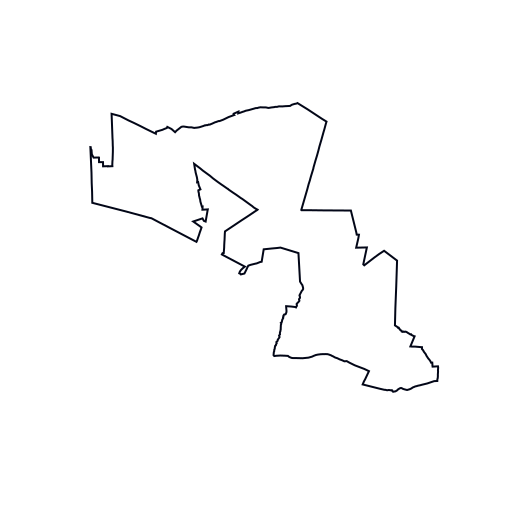 Mazapiltepec de Juárez, Puebla, Mexico, rotated 335°
{"feature_id": "50627088B71647640218880", "entity_name": "Mazapiltepec de Juárez", "entity_type": "district", "adm_level": 2, "iso_a3": "MEX", "parent_name": "Mexico", "parent_adm1": "Puebla", "projection": "mercator", "projection_center": [-97.694, 19.145], "detail": "fine", "context": "isolated", "style": "outline", "palette": "ink", "viewbox_px": 512, "rotation_deg": 335, "n_neighbors": 0, "source": "geoboundaries", "source_scale": "gbopen_adm2", "svg_char_len": 6024}
<svg xmlns="http://www.w3.org/2000/svg" viewBox="0 0 512 512"><g transform="rotate(335 256 256)"><path d="M301.1,117.7L295.8,117.6L295.3,118.4L295.6,119.0L289.9,118.5L283.9,118.6L279.9,118.3L279.1,117.9L276.5,117.7L275.4,117.5L274.0,117.5L272.1,117.5L270.6,117.4L270.0,117.4L269.6,117.4L269.4,117.3L268.9,116.9L267.5,116.9L267.1,116.8L266.0,116.3L265.5,116.3L264.9,116.0L264.4,115.9L263.8,116.0L259.3,115.4L258.4,115.2L257.0,114.8L255.3,114.2L254.1,113.8L252.0,112.2L249.5,111.0L245.5,108.3L244.5,107.8L243.0,107.4L237.0,108.8L235.0,109.6L233.1,105.2L230.2,101.5L229.3,102.3L226.1,102.1L224.6,102.1L218.0,101.1L216.9,102.9L209.7,94.0L209.4,93.6L206.2,89.5L201.6,83.8L197.8,79.3L195.7,76.6L192.0,71.8L185.2,66.1L183.4,70.4L176.9,85.8L175.8,88.4L174.7,91.2L172.9,95.3L172.1,97.3L170.2,101.3L167.7,106.2L166.9,107.8L165.9,109.5L164.4,112.4L163.8,113.9L159.7,112.2L159.8,112.0L155.3,110.1L157.0,106.3L153.4,104.6L155.3,100.4L155.2,100.3L150.4,98.2L150.2,94.5L150.7,93.1L151.7,90.5L151.7,89.9L151.6,89.0L152.2,87.5L151.9,87.3L142.1,111.0L137.9,120.5L134.6,128.5L130.4,138.0L130.1,138.6L157.1,160.8L175.7,176.5L177.2,177.6L183.1,185.4L208.0,218.0L208.8,217.4L211.8,214.3L212.9,213.2L215.0,210.9L217.3,208.6L218.7,207.1L213.7,198.2L223.4,199.3L223.6,202.1L224.9,203.5L231.4,194.2L232.0,193.4L227.0,191.4L228.5,188.6L227.8,188.4L228.6,183.2L229.0,181.9L229.2,181.3L229.3,180.6L229.5,179.3L229.7,178.6L229.9,177.2L230.4,176.0L230.8,174.8L231.0,173.5L231.5,172.1L233.8,172.1L234.0,167.8L234.8,164.5L233.8,164.3L235.0,162.2L235.7,159.7L236.4,155.8L236.7,154.3L237.0,153.5L237.3,151.8L238.9,146.3L242.5,153.1L243.9,156.1L248.2,163.9L249.9,167.6L252.7,172.8L255.1,177.0L255.9,178.3L257.8,181.6L258.9,183.5L259.0,183.5L259.3,184.3L261.8,188.6L262.9,190.4L264.0,192.2L264.9,193.8L265.2,194.3L266.7,197.0L267.7,198.5L272.9,207.9L273.5,208.9L274.5,211.1L275.8,213.1L277.0,214.7L276.8,214.8L275.0,215.0L264.1,216.7L258.4,217.5L238.3,220.6L237.1,222.7L234.3,228.1L233.3,229.9L231.7,232.9L230.6,235.1L228.0,239.7L226.9,239.3L225.7,240.2L241.4,260.9L238.9,261.5L236.6,262.3L234.8,263.3L233.5,264.6L234.4,265.7L234.5,266.3L238.1,267.0L242.0,263.9L243.1,262.9L244.9,261.5L247.2,261.7L252.3,262.7L253.0,262.9L253.5,263.0L257.2,263.2L258.7,263.6L265.8,253.2L273.3,255.8L278.3,257.6L281.7,258.7L295.7,271.3L285.1,297.8L285.4,300.4L285.7,302.0L285.3,304.5L284.8,305.8L283.9,306.5L282.7,307.0L278.8,310.0L278.8,310.7L278.6,311.0L278.6,311.5L278.3,312.3L277.8,312.8L277.3,312.9L276.7,313.4L276.6,313.7L276.6,314.0L276.5,314.7L276.2,315.1L275.7,315.3L274.7,315.8L273.9,316.0L272.5,316.7L272.4,317.0L272.4,317.5L272.2,318.1L272.0,318.4L271.9,318.4L271.7,318.6L271.2,318.9L270.5,319.5L269.8,318.7L266.6,316.7L262.1,314.2L261.9,314.6L260.5,318.5L260.0,319.5L259.6,320.0L258.5,321.1L258.1,321.3L257.6,321.2L257.0,320.9L256.5,321.1L256.2,321.4L255.8,321.5L255.5,321.8L255.3,322.6L255.1,322.8L254.6,322.9L254.4,323.4L254.3,323.9L253.9,324.2L253.0,324.7L251.8,326.3L251.4,326.8L251.0,327.0L250.6,327.0L250.3,327.1L250.4,327.4L250.4,327.8L250.2,328.2L249.4,329.0L248.0,331.7L247.3,333.1L247.0,333.4L246.3,334.5L245.8,334.9L245.2,335.7L244.8,336.6L244.6,337.2L243.5,337.7L243.2,338.0L243.2,338.7L243.1,339.4L242.6,339.8L241.0,340.7L240.3,341.1L240.0,341.7L239.7,342.0L239.2,342.3L238.6,342.4L238.2,342.5L238.0,342.8L237.9,343.3L237.8,343.9L236.6,344.7L236.2,345.4L235.3,345.6L234.7,346.5L234.3,347.0L234.0,347.6L233.7,348.1L233.2,348.4L232.7,349.0L232.4,349.8L231.5,350.7L230.0,353.3L230.3,354.4L232.2,355.0L236.0,356.5L240.1,358.6L242.1,359.7L242.7,360.0L243.5,361.6L245.2,363.4L246.3,364.1L248.9,365.3L254.9,368.3L260.6,370.3L264.3,370.9L264.5,370.9L266.4,370.9L267.7,371.0L268.2,371.0L270.4,371.5L273.2,372.4L274.9,373.1L277.8,374.4L279.2,375.1L280.3,376.0L282.0,377.7L282.7,378.7L283.6,379.7L284.6,381.2L285.6,382.2L286.4,382.9L287.3,384.0L288.0,384.9L289.1,386.0L290.0,386.9L291.6,388.8L293.8,389.6L295.7,392.3L295.8,392.4L299.0,396.4L299.6,397.1L306.4,404.1L309.7,408.1L302.5,414.1L302.3,414.2L300.8,415.3L298.4,417.5L311.7,428.3L315.9,431.6L316.6,431.9L318.1,433.1L319.8,433.6L320.9,434.3L321.4,434.7L322.1,434.9L322.6,435.2L322.7,435.5L322.5,436.1L322.7,436.5L322.9,437.0L323.8,437.2L325.2,437.6L327.2,437.4L328.4,436.9L330.6,436.7L331.7,436.9L332.4,437.6L333.1,438.6L334.1,439.5L335.3,440.5L336.3,441.3L338.9,441.7L340.9,441.7L342.4,441.4L344.2,441.5L345.2,441.5L346.5,441.8L348.0,442.0L350.1,442.5L351.9,442.8L357.4,443.9L364.6,444.7L367.5,445.9L368.2,444.5L368.5,444.1L369.0,443.6L369.2,443.3L370.1,441.7L370.8,440.1L371.1,439.6L372.2,437.6L372.6,436.5L373.9,434.2L374.3,432.9L369.3,430.9L369.7,429.6L370.2,428.5L370.7,427.1L369.6,426.7L369.6,425.2L369.3,423.3L368.8,421.6L368.3,418.1L368.4,417.0L367.6,413.3L367.7,412.7L367.6,412.0L367.1,410.4L367.9,408.8L366.1,407.8L361.8,405.3L359.2,404.1L357.7,403.2L365.8,395.8L364.9,395.0L364.4,394.3L363.8,393.6L363.4,392.4L362.8,392.4L361.8,390.8L361.1,389.8L360.7,389.0L360.3,388.6L359.9,388.0L359.5,387.7L358.8,387.6L358.5,387.4L358.1,387.3L358.0,387.0L356.9,386.7L357.0,386.4L356.1,385.9L356.2,385.0L355.5,384.2L355.3,382.8L355.0,382.1L354.6,381.6L355.0,381.2L354.3,380.4L354.2,380.2L352.6,377.6L360.4,361.9L370.3,342.7L381.9,319.8L374.3,305.4L368.2,306.3L362.6,307.4L350.2,310.2L349.7,308.9L360.1,295.1L350.3,290.8L356.3,283.1L358.3,280.2L356.3,279.2L356.9,276.9L361.2,254.9L336.5,243.2L322.8,236.6L316.6,233.7L316.5,233.4L330.6,217.3L334.1,213.1L336.9,210.1L337.7,209.1L339.5,207.0L344.9,201.0L345.6,200.0L350.1,194.8L353.7,190.8L357.2,186.7L359.8,183.5L364.3,178.4L369.6,172.2L371.3,170.3L375.6,165.2L376.7,164.0L373.8,159.6L364.7,144.8L358.2,134.9L357.5,135.0L356.4,134.8L355.4,134.5L352.6,134.1L351.5,134.2L350.4,134.4L349.3,134.0L345.9,132.6L342.9,131.5L340.1,130.1L338.0,129.7L336.3,128.9L335.5,128.8L332.5,127.8L330.9,127.4L329.7,127.0L328.3,125.9L327.4,125.3L325.0,124.2L322.9,123.1L321.0,122.6L319.8,122.5L318.7,122.0L318.0,121.8L316.6,121.6L311.0,120.7L308.1,120.0L306.0,119.9L304.9,119.7L302.3,119.5L301.3,119.3L300.2,119.2L301.1,117.7Z" fill="none" stroke="#020617" stroke-width="2"/></g></svg>